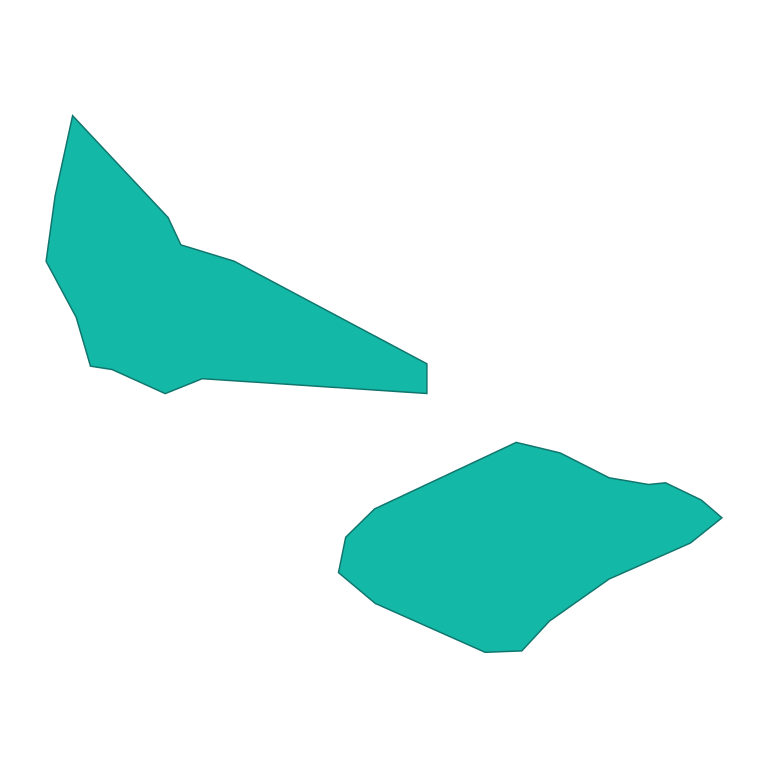 map outline of Alo (Albers equal-area conic projection)
{"feature_id": "WLF-4997", "entity_name": "Alo", "entity_type": "state/province", "adm_level": 1, "iso_a3": "WLF", "parent_name": "Wallis and Futuna", "parent_adm1": "", "projection": "albers", "projection_center": [-178.058, -14.317], "detail": "fine", "context": "isolated", "style": "filled", "palette": "teal", "viewbox_px": 768, "rotation_deg": 0, "n_neighbors": 0, "source": "natural_earth", "source_scale": "10m", "svg_char_len": 499}
<svg xmlns="http://www.w3.org/2000/svg" viewBox="0 0 768 768"><path d="M701.4,500.1L721.9,517.8L690.4,543.0L609.1,579.0L549.4,621.1L521.8,650.9L485.1,652.3L375.2,603.4L338.5,572.6L345.7,537.2L374.6,508.9L516.2,442.4L560.3,453.0L609.1,477.8L648.5,484.5L665.5,482.8L701.4,500.1ZM72.6,115.7L168.1,217.6L180.9,244.9L234.1,261.2L426.9,363.8L426.9,393.5L202.2,378.7L165.2,393.6L112.0,369.5L90.5,366.2L76.2,317.3L46.1,261.3L55.1,196.0L72.6,115.7Z" fill="#14b8a6" stroke="#0f766e" stroke-width="1.5"/></svg>